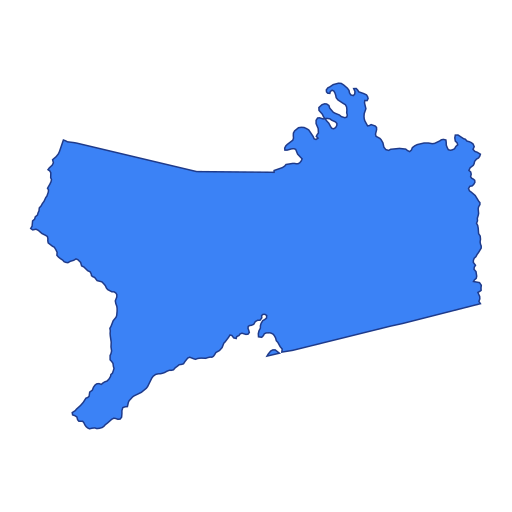 Jaíba, Minas Gerais, Brazil
{"feature_id": "56859067B83912683918054", "entity_name": "Jaíba", "entity_type": "district", "adm_level": 2, "iso_a3": "BRA", "parent_name": "Brazil", "parent_adm1": "Minas Gerais", "projection": "albers", "projection_center": [-43.684, -15.25], "detail": "fine", "context": "isolated", "style": "filled", "palette": "blue", "viewbox_px": 512, "rotation_deg": 0, "n_neighbors": 0, "source": "geoboundaries", "source_scale": "gbopen_adm2", "svg_char_len": 6002}
<svg xmlns="http://www.w3.org/2000/svg" viewBox="0 0 512 512"><path d="M353.7,88.6L355.0,91.6L354.7,94.1L353.3,95.6L350.8,94.9L349.5,92.9L349.0,90.4L347.4,88.2L343.7,85.0L341.2,83.4L338.5,83.2L333.2,84.6L329.8,86.9L327.9,87.8L326.3,89.9L326.5,91.9L327.7,93.2L329.8,93.4L330.3,91.5L332.1,90.2L333.9,91.1L334.9,92.9L335.7,95.2L336.2,97.7L337.9,99.9L343.2,103.4L345.4,104.7L346.6,107.0L346.9,110.1L346.7,112.7L347.3,115.2L346.7,117.1L344.8,117.7L341.3,116.6L339.4,115.0L335.2,113.3L333.3,112.3L329.7,108.1L328.9,105.5L326.7,104.0L324.6,103.8L322.0,104.7L318.9,107.5L319.0,110.4L322.4,114.3L323.5,116.7L325.0,118.7L323.1,118.9L319.5,117.8L317.6,118.0L316.1,120.3L316.1,123.6L318.2,128.6L318.4,133.1L317.3,134.4L316.3,136.4L318.0,138.1L316.0,139.5L314.1,138.8L313.1,136.4L308.7,129.9L306.5,128.6L304.1,127.5L301.3,127.3L298.5,127.7L294.6,130.9L293.4,133.1L293.3,135.7L293.5,138.1L292.8,140.2L287.3,144.4L285.8,145.9L284.7,148.1L284.9,150.1L287.2,150.1L291.8,148.8L294.0,148.7L295.7,149.4L297.6,154.1L302.1,158.9L301.2,161.0L299.7,162.8L298.1,163.7L296.4,163.8L294.5,163.4L292.8,163.4L286.0,164.5L284.7,166.1L282.4,167.6L274.1,170.5L274.1,172.3L196.7,171.6L76.7,143.1L73.9,142.6L67.4,141.8L65.8,140.9L63.4,140.0L59.4,151.7L58.3,154.0L56.1,156.7L52.6,159.7L53.4,162.8L52.2,165.2L49.3,167.9L48.0,169.7L49.8,170.9L50.8,172.8L50.7,177.8L51.5,179.4L51.1,181.5L49.9,184.1L47.5,188.3L48.5,189.8L48.3,192.1L46.9,196.1L45.8,197.5L44.0,201.4L42.4,203.5L41.2,205.8L39.3,207.9L39.0,210.8L38.0,213.0L37.5,215.0L35.3,216.8L34.6,219.2L32.6,220.9L32.1,226.1L30.7,228.5L32.7,229.9L36.0,229.2L38.2,230.3L41.9,233.5L45.7,235.4L47.4,236.5L47.9,238.7L47.8,240.7L48.2,242.9L52.4,246.2L54.3,247.2L55.8,249.6L57.1,252.3L56.9,255.3L58.5,257.1L60.5,258.7L62.7,260.1L64.1,261.7L65.9,262.4L67.9,262.7L70.3,261.3L73.7,260.3L76.0,258.9L77.9,259.7L80.6,262.4L81.6,265.9L83.9,267.0L87.7,270.7L90.1,271.8L91.2,273.9L91.5,275.7L93.0,276.8L94.6,277.4L97.1,280.6L101.8,281.8L103.4,283.4L105.3,285.6L106.4,288.0L107.7,289.6L111.9,291.8L114.0,291.8L115.7,292.9L116.8,294.5L116.8,297.0L115.3,300.9L115.8,303.6L116.8,306.2L117.1,308.3L117.1,311.2L116.7,315.5L116.0,317.3L113.2,320.7L111.0,326.4L109.9,328.3L110.3,330.8L110.1,333.5L110.3,336.0L111.2,342.2L111.0,346.9L111.6,350.9L111.0,353.6L110.1,355.5L110.1,359.8L111.6,361.4L113.0,363.4L113.4,366.5L114.0,368.3L113.4,370.5L112.4,373.3L110.9,374.5L110.6,376.3L109.1,378.9L107.0,381.1L104.9,381.8L102.9,383.0L101.3,384.4L99.0,383.6L96.8,383.8L95.1,385.0L93.5,387.2L92.3,390.2L89.7,392.1L89.1,396.3L87.7,397.5L85.9,398.2L83.3,402.3L80.5,405.5L76.4,409.2L75.3,410.6L72.2,412.6L72.6,414.9L74.9,415.7L76.9,417.0L77.6,419.7L78.8,421.2L82.7,421.3L83.9,422.8L84.9,424.9L86.1,426.6L87.6,427.9L89.5,428.8L92.0,428.2L94.8,427.9L96.8,428.6L99.4,428.3L102.2,427.5L103.9,426.3L105.3,424.7L107.4,423.1L111.7,419.3L113.8,418.2L115.7,418.5L117.9,419.3L120.1,419.1L121.6,417.2L121.9,413.7L121.9,410.6L122.8,407.6L125.1,406.8L127.4,406.6L128.4,402.2L129.2,400.6L132.6,396.9L134.2,395.8L141.4,392.3L146.3,388.3L147.6,386.6L151.8,378.1L153.2,376.2L155.7,374.4L158.3,373.8L160.7,373.7L163.0,373.1L164.7,372.5L166.8,371.3L169.3,370.3L171.5,370.3L173.5,369.8L175.2,367.8L177.4,366.2L179.2,364.7L181.5,364.4L183.5,363.8L184.9,361.6L187.7,358.1L189.7,357.2L193.8,358.8L195.5,359.3L197.6,358.5L199.5,358.2L201.4,358.1L205.7,358.3L207.8,357.6L210.0,357.1L211.9,357.2L213.4,356.3L214.6,354.7L215.9,352.5L219.5,350.5L222.1,347.6L223.8,343.2L225.1,341.9L228.5,337.4L230.0,335.0L231.9,335.5L233.7,337.9L236.2,338.5L236.7,336.6L239.0,335.5L240.1,333.9L242.0,333.2L245.9,334.4L248.0,334.2L249.3,332.5L248.7,330.2L248.0,328.4L248.2,326.4L249.7,325.5L251.4,325.3L253.7,324.3L255.3,321.6L257.5,320.3L260.1,320.2L261.8,317.8L261.6,315.6L262.9,314.4L264.9,314.3L266.7,315.5L266.5,318.1L264.9,319.4L262.7,320.7L261.1,323.4L260.4,325.8L260.4,328.1L259.0,330.8L258.3,333.7L258.5,336.8L261.7,337.3L263.4,335.6L264.3,333.8L266.2,332.9L270.0,332.8L271.7,333.4L273.3,334.3L274.4,335.8L275.6,338.0L276.3,340.7L277.8,342.3L280.2,346.7L282.2,349.1L281.8,352.1L292.5,350.4L390.6,326.1L402.6,323.5L480.4,303.7L478.9,301.4L479.8,298.9L479.7,296.5L477.9,292.4L479.6,291.5L481.1,290.4L481.0,287.9L481.3,285.3L479.5,282.6L473.5,281.5L474.4,279.9L476.2,278.4L476.7,276.2L476.0,271.6L474.0,269.3L474.3,267.1L475.5,265.3L473.3,262.4L473.4,260.3L474.2,258.2L475.9,256.7L477.1,254.4L478.4,252.7L481.2,248.1L481.2,246.0L480.5,244.2L480.1,242.0L480.5,239.2L480.2,236.1L478.6,233.6L478.2,228.2L477.7,225.5L476.5,223.3L477.5,220.8L477.3,218.3L478.2,215.4L478.6,213.5L478.2,208.7L478.6,206.8L479.9,204.6L479.9,202.6L478.8,201.4L475.2,195.5L471.1,192.0L469.5,190.9L468.5,188.6L469.8,186.3L472.2,185.9L473.7,184.4L474.9,182.3L474.7,180.3L473.3,179.1L471.6,178.2L470.6,176.7L471.2,174.2L470.7,172.0L468.9,170.4L470.1,167.8L473.3,165.3L474.1,163.7L474.6,161.4L476.5,159.1L478.5,158.0L479.7,156.3L480.4,154.2L477.1,152.2L474.8,151.4L473.0,149.3L474.2,146.7L473.1,144.0L471.4,142.7L469.3,141.7L467.0,141.1L465.3,139.2L463.6,138.7L458.0,135.0L455.3,135.1L454.8,137.9L455.3,141.1L457.1,142.8L457.7,144.9L455.9,146.4L454.5,148.8L452.4,149.8L450.5,150.3L448.3,149.7L447.2,147.5L446.3,145.2L446.2,142.5L445.9,140.0L443.4,139.4L441.3,139.8L439.8,140.9L434.6,143.4L432.3,143.7L428.4,143.0L424.1,143.0L417.2,144.6L414.8,145.8L412.4,147.6L411.4,150.1L409.6,151.6L407.4,150.5L405.7,149.1L399.5,148.4L390.6,149.3L388.7,150.4L385.8,149.6L383.9,147.2L382.9,142.8L381.1,139.7L379.9,138.4L376.0,136.3L375.5,134.1L376.6,129.6L376.5,127.4L375.2,126.0L371.1,124.6L369.3,125.6L367.6,125.9L364.8,120.8L364.2,118.7L364.0,116.4L364.2,113.6L365.9,108.7L364.5,102.9L364.8,100.5L367.1,100.6L368.1,98.5L367.6,96.7L366.5,94.9L363.8,93.6L358.7,91.8L357.8,90.2L356.2,88.5L353.7,88.6ZM325.0,118.7L327.0,118.4L329.8,118.8L331.7,120.2L335.5,121.9L336.9,123.5L336.8,125.5L335.6,127.6L333.6,128.8L331.8,128.3L330.6,126.6L328.8,123.2L327.0,121.3L325.0,118.7ZM279.4,353.2L275.2,349.9L272.8,349.9L270.7,351.0L268.1,354.2L267.0,356.1L279.4,353.2Z" fill="#3b82f6" stroke="#1e3a8a" stroke-width="1.5"/></svg>